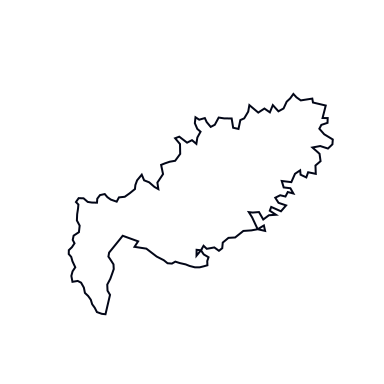 the district of Vila Lângaro, Rio Grande do Sul, Brazil, rotated 41°
{"feature_id": "56859067B11658181648524", "entity_name": "Vila Lângaro", "entity_type": "district", "adm_level": 2, "iso_a3": "BRA", "parent_name": "Brazil", "parent_adm1": "Rio Grande do Sul", "projection": "albers", "projection_center": [-52.143, -28.132], "detail": "fine", "context": "isolated", "style": "outline", "palette": "ink", "viewbox_px": 384, "rotation_deg": 41, "n_neighbors": 0, "source": "geoboundaries", "source_scale": "gbopen_adm2", "svg_char_len": 2428}
<svg xmlns="http://www.w3.org/2000/svg" viewBox="0 0 384 384"><g transform="rotate(41 192 192)"><path d="M237.0,230.1L236.0,225.0L240.4,225.2L242.9,222.1L245.2,219.2L250.9,218.7L251.7,214.6L248.4,210.0L249.6,202.7L254.4,198.0L256.3,187.7L262.0,182.0L266.0,177.0L254.0,171.7L248.1,169.9L251.3,167.7L255.7,163.2L263.8,166.0L265.3,159.1L270.3,154.1L263.0,155.1L261.6,151.3L271.8,148.2L271.8,140.4L264.4,143.4L258.6,141.7L260.7,136.6L265.5,134.1L264.3,129.2L269.5,126.6L263.8,124.6L258.2,128.4L252.5,124.8L260.5,119.4L257.8,110.7L259.4,104.7L262.6,107.7L268.7,106.0L266.7,100.9L273.5,97.1L267.8,91.0L268.8,84.4L263.2,79.5L253.7,79.4L258.6,73.2L266.1,70.0L266.7,63.9L263.8,60.0L253.9,61.7L246.6,60.7L245.6,56.5L248.9,50.9L245.9,47.2L242.0,50.5L236.2,39.0L224.6,45.1L221.5,42.6L214.0,51.5L208.7,52.0L204.2,51.5L204.7,57.0L204.2,61.7L206.3,68.9L204.3,74.4L196.0,73.4L198.5,80.8L191.9,81.5L189.9,88.6L178.3,88.8L181.7,94.5L183.1,102.2L181.3,106.0L185.7,113.9L180.9,116.5L173.7,110.5L167.9,115.4L163.3,118.3L165.1,126.3L163.4,130.6L157.2,129.6L153.2,127.8L150.0,132.7L145.6,133.3L149.0,138.2L154.6,140.9L158.9,140.9L160.3,147.4L163.7,152.8L158.0,152.9L155.9,158.0L146.1,158.6L144.0,162.5L151.5,163.7L158.1,171.0L158.8,179.5L155.3,183.8L152.8,188.1L150.9,191.8L158.4,197.5L159.7,207.6L164.7,211.9L160.4,212.8L153.3,212.8L148.2,214.6L142.7,211.9L142.9,219.2L144.7,223.9L147.0,227.2L145.8,233.9L144.4,239.7L140.4,244.0L141.5,248.7L135.7,251.0L131.5,251.4L127.5,250.8L124.6,254.7L124.9,259.2L127.3,262.4L123.3,265.7L119.8,267.9L114.3,267.9L110.5,271.0L111.0,275.7L114.5,276.0L116.8,279.2L119.9,284.1L123.8,289.0L129.3,291.1L133.0,296.5L131.3,302.6L133.4,306.4L137.0,307.8L137.6,312.5L137.2,316.7L139.7,319.7L143.4,320.2L147.2,322.7L153.3,325.4L153.9,330.2L156.0,334.5L160.7,338.2L164.1,334.1L167.8,333.2L173.1,335.1L177.4,338.4L181.8,338.6L186.3,339.7L190.3,342.2L194.6,343.2L199.0,345.0L203.9,343.1L206.9,341.0L197.6,323.4L193.0,321.9L188.8,317.5L187.3,311.1L185.0,305.2L183.5,301.5L180.2,298.1L174.7,296.5L171.3,295.6L169.2,292.1L168.6,274.7L168.4,270.5L183.7,264.6L184.6,271.1L194.7,264.7L207.7,263.9L215.4,262.0L220.3,261.8L223.8,259.2L225.1,255.5L229.5,253.6L234.7,250.8L238.7,249.4L243.7,246.9L247.3,243.7L249.6,240.4L251.7,237.2L248.8,234.1L247.3,230.4L241.8,231.4L237.0,230.1ZM237.0,230.1L237.2,237.1L233.4,232.6L237.0,230.1ZM272.7,173.4L268.2,170.1L266.0,177.0L272.7,173.4Z" fill="none" stroke="#020617" stroke-width="2"/></g></svg>